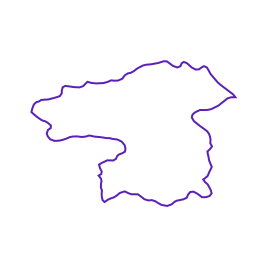 Lontra, Minas Gerais, Brazil (Equal Earth projection), rotated 283°
{"feature_id": "56859067B10787235242690", "entity_name": "Lontra", "entity_type": "district", "adm_level": 2, "iso_a3": "BRA", "parent_name": "Brazil", "parent_adm1": "Minas Gerais", "projection": "equal_earth", "projection_center": [-44.273, -15.841], "detail": "fine", "context": "isolated", "style": "outline", "palette": "violet", "viewbox_px": 256, "rotation_deg": 283, "n_neighbors": 0, "source": "geoboundaries", "source_scale": "gbopen_adm2", "svg_char_len": 2465}
<svg xmlns="http://www.w3.org/2000/svg" viewBox="0 0 256 256"><g transform="rotate(283 128 128)"><path d="M125.5,30.4L121.8,30.3L120.5,32.6L118.7,36.1L117.2,39.6L116.1,42.6L115.9,46.0L114.9,48.9L113.1,52.3L110.5,52.7L108.2,50.5L104.6,50.0L101.9,51.6L99.5,54.7L98.9,59.2L100.1,63.6L101.7,66.9L104.0,70.7L105.9,73.1L107.2,75.9L108.4,80.4L108.8,84.8L110.0,88.4L112.0,92.1L112.1,97.6L112.7,101.6L113.1,105.5L113.3,109.3L114.0,112.5L113.9,115.7L114.4,120.3L113.3,124.9L110.6,128.5L107.6,130.1L104.3,130.4L101.9,127.8L100.1,125.1L98.1,123.7L95.3,123.2L93.1,121.1L92.5,118.3L91.8,115.0L89.9,112.7L88.2,110.4L85.8,108.0L82.5,109.8L79.8,112.1L77.1,112.3L75.0,110.1L72.6,113.1L70.1,114.2L67.6,114.2L63.9,115.0L61.2,116.7L58.6,117.0L55.5,117.8L52.1,119.4L50.6,121.8L53.4,124.3L55.5,127.0L57.2,129.8L59.4,132.0L62.9,134.7L65.5,139.1L64.5,143.4L64.2,146.3L64.9,149.1L65.6,152.5L64.1,156.2L62.3,159.9L62.0,164.2L63.1,167.4L62.8,171.0L61.7,174.0L60.6,178.0L60.9,183.8L63.6,187.9L66.3,189.7L68.2,191.9L69.5,194.9L70.9,197.9L73.2,200.9L76.7,201.5L79.6,203.0L80.7,206.1L79.7,209.9L78.5,212.9L77.2,215.6L78.1,219.5L80.1,222.8L83.1,224.2L86.3,222.5L88.9,220.2L91.0,218.3L92.6,215.3L94.8,212.9L96.6,214.5L99.2,216.4L102.9,217.0L106.2,217.8L108.9,218.4L111.5,216.5L114.9,214.2L117.9,213.0L120.2,211.8L123.0,210.7L125.8,212.6L128.9,214.0L131.7,211.6L135.0,211.1L138.1,209.8L140.6,208.2L142.7,205.7L144.6,201.4L146.2,197.6L147.6,194.7L149.6,190.6L152.6,187.8L155.4,187.8L157.6,189.2L159.6,191.3L161.8,194.3L162.5,197.7L163.6,201.7L165.2,205.0L167.4,207.7L170.1,211.0L172.9,213.2L175.2,215.1L177.2,216.7L179.2,218.2L181.2,221.7L182.1,225.7L184.5,222.7L185.9,219.5L187.4,216.2L189.0,212.6L190.8,208.6L192.7,205.0L194.6,202.5L196.8,199.5L199.2,196.3L201.8,194.0L204.6,191.4L205.4,188.1L203.2,185.7L201.1,184.0L200.2,180.7L201.3,176.5L203.2,173.1L204.5,170.6L204.9,167.4L203.0,165.7L200.0,165.2L198.1,162.5L198.6,157.9L200.2,154.3L201.6,151.1L201.2,148.1L199.9,145.8L198.0,142.6L196.4,138.7L195.1,135.7L193.8,131.6L192.2,128.4L190.4,126.3L188.5,124.1L186.6,122.4L184.5,120.7L182.3,118.1L181.0,115.3L178.4,112.9L174.8,111.4L172.0,107.7L171.0,103.9L170.6,100.8L168.4,97.9L166.3,94.1L165.3,90.6L164.2,86.6L163.7,81.9L163.9,78.1L161.7,76.7L158.8,75.0L156.7,71.7L155.7,66.2L155.3,61.4L154.9,57.4L153.0,55.2L149.7,55.1L146.8,55.6L143.8,54.5L141.8,51.3L139.6,47.2L137.8,43.7L136.9,40.5L135.7,37.0L133.9,35.4L132.7,33.0L129.8,31.0L125.5,30.4Z" fill="none" stroke="#5b21b6" stroke-width="2"/></g></svg>